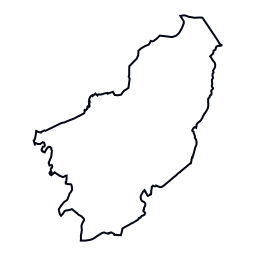 Constantin Daicoviciu, Caras-Severin, Romania (Albers equal-area conic projection)
{"feature_id": "2599482B96346820083333", "entity_name": "Constantin Daicoviciu", "entity_type": "district", "adm_level": 2, "iso_a3": "ROU", "parent_name": "Romania", "parent_adm1": "Caras-Severin", "projection": "albers", "projection_center": [22.174, 45.533], "detail": "fine", "context": "isolated", "style": "outline", "palette": "ink", "viewbox_px": 256, "rotation_deg": 0, "n_neighbors": 0, "source": "geoboundaries", "source_scale": "gbopen_adm2", "svg_char_len": 5679}
<svg xmlns="http://www.w3.org/2000/svg" viewBox="0 0 256 256"><path d="M142.7,215.7L144.3,214.9L144.7,214.2L145.2,213.0L144.5,212.1L143.5,211.3L143.3,211.0L143.4,210.4L143.6,209.8L144.0,209.6L144.0,208.3L144.1,207.8L144.3,207.3L145.1,206.0L145.3,205.5L145.3,204.9L145.3,204.0L145.2,203.5L144.8,202.7L144.2,202.1L143.2,201.6L142.7,201.4L142.0,200.9L141.6,200.4L141.1,199.6L140.9,198.7L140.6,196.9L140.7,196.3L141.4,194.7L142.6,192.5L143.0,191.6L143.9,191.0L144.1,190.8L144.4,190.3L144.5,190.2L145.1,191.6L145.4,191.5L146.1,193.1L146.5,193.6L146.7,193.9L146.8,194.6L147.0,194.9L147.6,195.7L147.9,195.9L148.2,195.5L149.5,195.2L149.9,194.5L151.0,194.3L151.2,193.2L151.2,192.7L151.2,191.1L151.7,188.4L151.8,187.7L151.9,186.8L151.9,186.6L152.8,186.1L153.1,185.7L153.9,186.2L154.9,186.4L155.2,186.3L155.7,185.9L156.0,185.9L156.1,185.6L156.5,185.8L156.9,185.8L157.3,186.0L158.1,186.5L159.9,187.0L160.4,187.1L161.8,186.9L163.1,186.1L165.1,184.6L165.7,183.9L169.0,181.3L172.8,178.0L175.7,175.7L177.2,174.3L177.4,174.0L178.0,173.4L179.0,172.7L180.1,172.2L180.3,171.7L182.4,169.9L187.0,166.2L188.6,164.8L189.8,163.8L190.5,163.6L191.0,163.1L190.9,162.6L190.9,162.3L191.1,162.0L191.3,161.4L191.5,160.0L191.5,159.4L191.6,159.0L191.9,158.5L191.9,158.2L192.0,158.0L192.0,157.9L192.0,157.5L192.4,157.5L192.4,157.3L192.6,157.2L192.5,156.7L193.0,155.8L193.9,152.7L194.4,150.7L194.6,150.1L195.0,148.2L195.6,146.6L196.4,144.8L196.6,143.0L196.4,140.8L196.2,140.3L196.2,139.9L195.7,138.9L195.4,138.7L195.2,138.2L194.8,137.7L194.8,137.4L195.0,136.7L195.0,136.4L194.4,134.9L194.4,134.6L194.0,133.4L193.6,132.9L193.6,131.9L192.3,130.8L192.2,130.5L192.4,129.9L192.6,129.6L193.0,128.8L194.1,127.5L194.9,127.2L196.1,127.8L196.2,127.0L196.5,126.5L196.5,124.9L196.7,124.5L197.5,123.2L197.9,122.9L198.6,122.1L200.0,121.2L200.9,120.2L202.5,117.7L202.7,117.2L202.8,116.5L204.1,114.5L204.4,113.5L204.9,113.3L207.2,109.6L207.9,108.0L208.2,106.4L208.3,103.3L208.0,101.9L208.3,101.2L208.1,99.6L208.2,98.6L209.5,97.3L209.9,95.7L210.8,95.1L211.3,94.7L211.5,93.8L211.5,92.2L211.2,91.4L211.6,90.1L212.4,89.4L213.0,88.6L213.0,88.1L212.0,86.8L211.8,85.8L212.1,84.3L212.2,83.2L211.9,80.3L212.0,79.5L212.5,78.9L212.9,78.1L213.0,77.3L212.5,76.1L212.5,74.5L212.7,73.6L213.3,72.8L213.6,72.3L212.9,70.7L214.4,68.5L214.9,67.4L215.2,66.3L215.2,64.6L214.9,63.2L214.3,62.2L212.2,59.5L211.1,57.5L210.2,56.3L212.9,53.7L213.3,53.0L213.5,50.8L213.7,50.5L214.6,50.1L215.3,49.7L215.7,49.2L215.8,47.7L216.1,47.1L216.6,46.6L217.6,46.0L218.3,45.8L220.2,45.8L221.7,45.4L222.3,45.4L220.9,44.8L219.7,43.8L216.9,39.2L202.8,18.2L202.0,17.6L201.0,17.5L197.7,17.6L194.7,17.8L188.8,16.8L185.2,15.5L183.5,15.4L180.4,15.9L183.8,21.4L183.7,23.5L182.1,27.6L179.4,32.6L176.4,35.6L172.2,37.1L159.8,35.6L156.6,38.8L153.6,41.0L152.1,41.4L150.7,40.9L149.7,43.2L148.6,44.7L145.2,46.0L141.1,48.4L138.4,50.7L138.4,52.7L138.1,55.6L136.7,58.7L129.3,66.2L129.2,70.3L129.2,74.8L128.7,76.8L129.7,78.8L128.4,87.9L126.5,89.3L124.2,90.6L122.8,92.2L121.1,94.7L117.7,95.3L114.7,95.0L112.9,91.8L107.7,93.7L107.4,92.9L105.4,93.2L101.5,94.4L101.4,94.3L100.6,94.6L99.0,94.4L98.6,94.6L98.3,94.4L97.4,94.9L97.3,95.4L96.5,94.8L95.4,93.6L92.7,96.0L92.4,95.2L91.2,95.9L90.3,96.7L89.1,99.5L89.3,100.6L89.6,101.2L88.9,101.5L88.9,101.9L89.6,102.7L89.0,103.5L89.0,104.1L89.3,104.2L89.4,104.7L89.3,105.1L89.6,106.1L89.3,106.8L89.0,106.8L88.1,106.2L87.8,106.2L87.4,106.9L87.5,107.1L87.8,107.1L88.0,107.3L87.6,108.0L87.0,108.4L87.0,108.9L86.8,109.2L86.4,109.4L86.1,109.9L85.5,110.4L84.7,110.0L84.5,110.5L84.5,111.1L84.5,111.8L84.3,113.0L83.6,113.6L79.7,115.6L79.6,115.8L78.4,116.2L74.6,118.3L70.2,120.0L64.4,122.4L61.5,123.0L45.5,130.8L44.4,130.4L40.6,132.3L40.6,132.5L36.7,131.4L36.7,131.0L36.6,130.9L36.2,130.9L35.6,135.9L35.3,137.2L34.8,139.0L34.2,140.2L33.7,140.5L34.8,144.4L34.9,144.5L35.7,143.1L37.9,144.0L40.3,144.0L42.7,142.2L44.2,142.7L44.9,145.4L44.4,146.5L42.9,146.6L41.5,149.9L42.1,151.1L42.5,151.0L43.3,151.6L43.4,152.1L44.7,152.4L45.9,150.0L46.8,148.8L48.0,147.3L48.6,146.8L50.2,147.0L51.4,148.1L51.2,149.1L52.0,151.1L51.6,153.0L51.3,156.4L48.7,162.8L49.5,165.5L51.3,165.1L51.9,165.1L52.2,165.8L52.3,166.8L52.1,167.4L51.8,167.9L51.2,168.2L50.8,168.7L50.8,170.2L50.9,170.4L50.8,170.5L50.9,170.9L51.0,171.2L51.3,171.8L50.5,171.7L50.2,172.0L51.1,172.7L50.9,172.9L49.6,172.9L49.5,173.2L50.0,174.0L50.3,174.7L51.5,175.2L53.1,173.7L54.0,173.0L54.6,172.3L56.5,173.7L58.1,174.7L59.3,175.7L59.8,175.6L60.6,176.2L62.0,176.6L62.7,177.1L64.0,176.7L65.6,175.7L66.6,175.6L66.5,178.9L66.6,179.6L66.4,180.1L66.4,180.8L66.3,181.3L66.1,182.1L65.7,182.1L65.8,183.6L68.0,184.1L70.2,184.2L71.2,184.5L71.7,185.8L71.8,186.4L72.0,188.1L72.1,189.9L70.5,192.5L69.6,193.5L67.6,199.1L66.4,200.6L64.2,201.9L61.0,205.8L58.9,209.1L58.9,210.5L59.9,214.2L61.0,215.8L62.8,213.9L64.6,211.1L65.7,210.6L68.9,210.1L70.4,209.7L71.9,209.1L76.9,213.2L78.5,214.7L81.4,216.2L83.7,218.6L84.0,219.3L84.1,220.0L82.2,223.6L81.6,225.4L81.5,226.5L81.6,227.6L81.7,228.8L81.9,229.9L80.9,236.1L81.0,239.0L80.8,240.6L85.6,240.6L90.4,239.8L93.5,238.6L97.3,236.0L101.2,233.5L102.4,232.9L103.7,232.5L104.6,232.6L106.2,233.3L107.3,233.4L108.0,233.7L108.2,233.2L108.5,233.1L108.9,233.0L109.6,233.3L110.0,233.0L110.4,232.5L111.0,232.5L111.3,232.4L111.7,232.6L112.1,233.0L112.5,233.1L114.1,233.9L114.3,234.3L114.3,234.7L114.3,234.8L114.8,235.0L115.3,234.8L115.8,234.9L116.2,234.8L116.9,235.0L120.9,235.2L120.9,234.6L121.4,233.5L122.1,230.3L122.4,229.0L122.5,228.5L124.3,227.4L129.5,224.6L130.6,223.9L132.2,223.0L133.1,222.6L133.3,222.6L134.9,221.6L137.7,219.9L137.9,219.8L138.1,219.4L138.8,218.6L139.0,218.1L139.5,218.0L139.8,217.7L140.5,217.7L141.0,216.9L141.8,215.8L142.7,215.7Z" fill="none" stroke="#020617" stroke-width="2"/></svg>